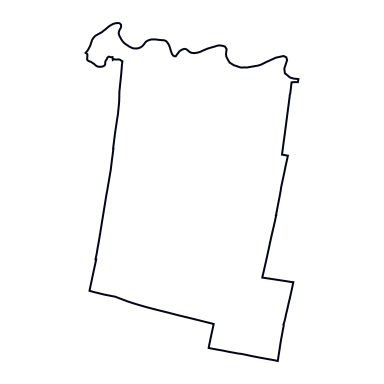 Buesti, Ialomita, Romania
{"feature_id": "2599482B7791464511961", "entity_name": "Buesti", "entity_type": "district", "adm_level": 2, "iso_a3": "ROU", "parent_name": "Romania", "parent_adm1": "Ialomita", "projection": "natural_earth1", "projection_center": [27.179, 44.521], "detail": "fine", "context": "isolated", "style": "outline", "palette": "ink", "viewbox_px": 384, "rotation_deg": 0, "n_neighbors": 0, "source": "geoboundaries", "source_scale": "gbopen_adm2", "svg_char_len": 3900}
<svg xmlns="http://www.w3.org/2000/svg" viewBox="0 0 384 384"><path d="M293.3,282.2L290.7,281.9L284.4,280.9L267.2,278.3L262.3,277.6L262.5,276.4L263.3,273.2L264.6,267.4L266.1,260.9L267.3,255.4L269.0,247.7L269.1,247.1L269.3,246.2L269.9,243.2L271.3,236.9L272.0,233.8L272.4,232.0L273.7,226.6L275.0,220.8L276.0,216.0L276.3,215.1L276.0,215.0L276.1,214.8L277.6,206.8L279.7,196.1L280.6,191.0L281.0,188.8L280.9,188.4L283.2,177.7L284.4,172.1L285.5,166.5L286.8,160.7L287.9,155.7L282.0,154.6L285.9,125.4L289.1,100.8L289.7,96.1L289.7,95.6L289.7,95.1L289.9,94.5L290.2,93.9L290.9,88.1L291.2,85.3L291.4,83.6L291.5,82.4L292.1,82.4L292.5,82.4L292.9,82.1L295.6,82.1L296.7,82.1L297.9,82.1L298.0,81.7L298.2,80.2L298.4,79.1L295.9,78.8L293.8,78.6L291.3,77.9L290.5,77.7L289.0,76.7L287.6,75.5L286.6,74.6L284.9,73.3L284.3,68.6L287.1,60.1L286.3,57.3L283.6,56.0L275.8,57.7L265.3,62.5L261.4,64.5L258.1,65.6L254.4,66.2L251.1,66.8L249.1,67.1L247.1,67.5L244.5,67.4L242.6,67.5L240.9,67.5L239.4,67.1L236.2,66.0L233.8,65.2L230.9,63.4L229.6,62.6L228.2,60.3L226.3,56.6L226.0,54.3L226.3,51.3L226.6,49.1L225.0,46.6L222.7,45.8L219.6,45.4L217.2,45.7L214.9,46.5L212.6,47.1L207.4,48.7L204.9,49.7L202.4,50.8L201.1,51.5L199.9,51.9L198.5,52.4L195.5,53.0L193.5,53.1L191.3,52.8L189.1,51.6L187.6,50.2L185.9,49.1L184.4,48.9L182.9,49.3L181.5,49.9L180.1,50.8L179.2,51.6L178.5,52.5L177.4,54.0L176.5,55.1L175.8,56.2L174.4,56.3L173.1,55.5L172.0,54.0L171.4,52.3L170.7,50.4L170.0,48.0L169.3,45.8L168.6,44.4L167.7,43.0L166.6,41.6L166.4,41.4L165.7,40.9L164.4,40.4L163.4,40.2L161.2,40.1L159.2,39.9L156.9,39.6L154.8,39.4L153.3,39.4L151.1,39.5L149.0,40.1L148.0,40.5L146.2,41.5L145.1,42.7L143.8,44.5L142.4,46.1L140.1,47.6L138.1,48.3L136.3,48.5L133.4,48.4L131.5,47.7L129.3,46.6L127.5,45.4L125.9,44.3L124.1,43.0L122.4,41.0L121.3,39.3L119.4,35.8L118.7,33.6L118.9,31.7L119.6,29.8L120.6,28.3L121.1,26.6L121.0,24.7L119.9,23.5L118.6,23.0L116.6,23.1L114.5,23.5L112.7,24.1L111.6,24.8L109.6,25.9L107.8,27.3L105.4,29.4L103.4,30.9L101.8,32.2L98.9,33.8L96.9,34.9L95.3,35.8L93.5,37.8L92.1,40.0L91.0,43.2L90.3,45.5L88.9,48.3L87.6,50.5L86.5,51.8L85.6,52.9L86.1,53.2L86.6,53.7L87.2,54.1L87.4,54.6L87.4,55.0L87.3,57.1L87.1,59.6L87.8,60.3L88.5,61.0L89.6,61.4L90.1,61.6L90.7,61.7L91.4,62.2L92.8,63.1L93.5,63.5L94.1,63.9L94.5,64.3L95.0,64.8L95.5,65.3L96.1,65.7L96.7,66.1L97.8,66.6L98.9,66.7L99.9,66.8L100.8,66.8L101.5,66.7L102.3,66.6L103.8,66.0L104.6,65.4L105.0,64.7L105.2,64.0L105.2,63.0L105.3,62.0L105.5,61.2L105.8,60.5L106.5,59.6L106.8,59.2L107.0,58.4L107.4,57.7L108.2,57.0L108.7,56.7L108.9,56.7L109.3,56.7L109.9,56.9L110.4,57.1L111.4,57.2L112.5,57.1L112.8,59.9L113.3,59.6L114.0,59.2L114.4,59.3L114.7,59.3L115.5,59.5L116.3,59.6L117.7,59.4L118.8,59.4L120.1,59.8L121.3,60.7L122.0,60.9L122.4,61.3L122.1,63.8L121.9,65.1L121.8,66.1L121.8,67.2L121.5,70.4L121.2,74.2L119.4,91.5L119.3,96.4L119.2,100.8L118.9,104.6L118.5,108.5L118.2,111.2L118.0,113.9L116.5,123.3L115.1,132.8L114.1,140.7L113.1,148.7L113.4,148.7L112.9,152.7L112.7,153.9L112.6,155.1L111.7,161.7L111.6,162.8L111.4,164.5L111.2,165.9L110.7,170.2L110.3,172.4L110.0,174.2L109.5,177.2L108.7,181.9L107.8,186.9L107.4,189.7L106.4,194.7L104.7,205.3L99.4,238.0L98.6,242.7L97.7,247.5L96.6,254.2L95.5,259.3L96.2,259.4L92.8,275.1L92.1,278.5L89.9,288.8L89.5,290.8L93.6,292.0L98.7,293.2L103.9,294.5L113.1,296.3L115.3,296.7L118.6,298.0L128.4,301.7L136.0,304.1L145.6,306.9L154.7,309.3L159.9,310.6L168.8,312.8L177.6,315.1L191.7,318.5L213.7,324.0L212.7,328.6L211.7,333.2L210.7,337.8L209.8,342.2L208.9,346.5L208.7,348.0L216.1,349.4L223.5,350.7L228.7,351.8L238.7,353.6L241.5,353.9L246.8,355.0L248.6,355.4L251.4,356.0L259.1,357.5L267.5,359.0L273.7,360.1L277.8,361.0L278.5,356.2L280.2,345.2L280.9,340.6L281.6,336.8L283.8,325.1L283.4,324.6L283.9,323.4L284.8,320.2L285.4,317.6L286.1,314.0L287.0,310.6L287.6,307.9L288.4,304.3L289.0,301.6L289.5,299.7L290.6,294.8L292.0,288.5L293.1,283.2L293.3,282.2Z" fill="none" stroke="#020617" stroke-width="2"/></svg>